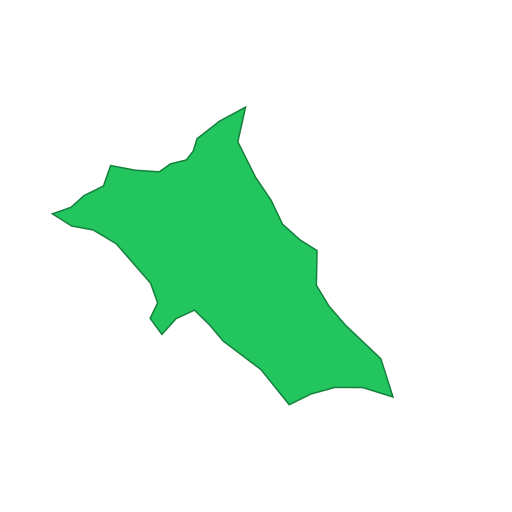 the border of Mbale, rotated 304°
{"feature_id": "UGA-3115", "entity_name": "Mbale", "entity_type": "County", "adm_level": 1, "iso_a3": "UGA", "parent_name": "Uganda", "parent_adm1": "", "projection": "equal_earth", "projection_center": [34.184, 1.003], "detail": "fine", "context": "isolated", "style": "filled", "palette": "green", "viewbox_px": 512, "rotation_deg": 304, "n_neighbors": 0, "source": "natural_earth", "source_scale": "10m", "svg_char_len": 657}
<svg xmlns="http://www.w3.org/2000/svg" viewBox="0 0 512 512"><g transform="rotate(304 256 256)"><path d="M188.0,133.3L186.5,106.4L177.8,86.5L177.1,63.6L192.9,75.4L210.1,79.7L228.7,90.4L249.7,84.9L259.5,107.8L271.7,128.7L284.8,133.7L296.6,144.5L308.0,145.3L320.2,141.5L347.3,150.3L373.6,164.1L340.5,177.1L320.9,211.8L310.6,237.5L297.2,260.2L294.0,283.3L294.6,303.6L265.5,322.4L255.3,344.4L248.7,368.7L240.6,417.0L215.7,448.4L206.5,417.8L191.1,394.8L172.4,378.8L151.3,366.7L164.6,323.6L167.1,276.3L172.9,256.1L176.7,235.2L159.4,224.8L138.4,221.8L145.1,203.1L162.1,200.7L174.5,183.8L188.0,133.3Z" fill="#22c55e" stroke="#15803d" stroke-width="1.5"/></g></svg>